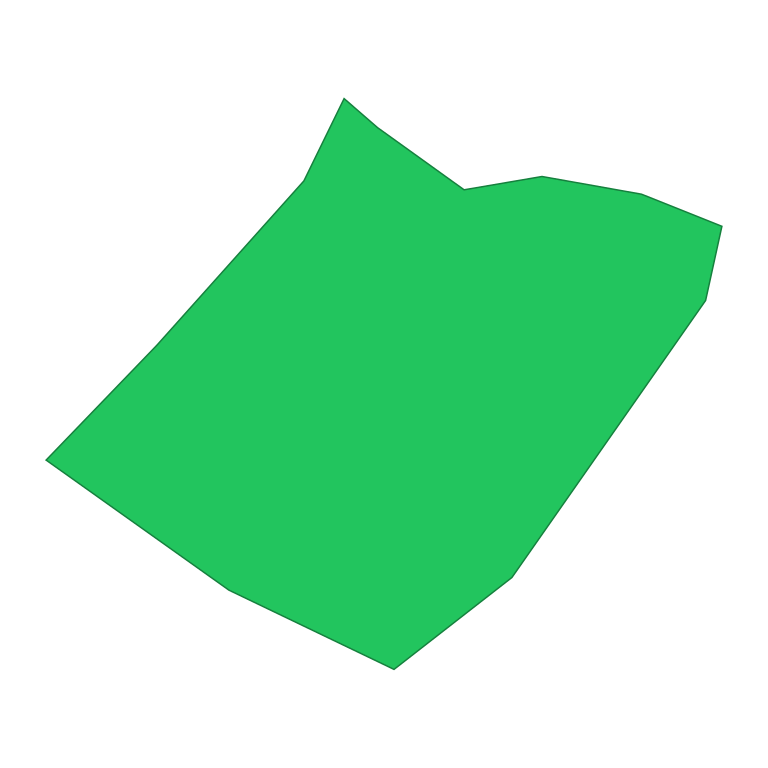 an SVG outline of Saint George
{"feature_id": "VCT-5067", "entity_name": "Saint George", "entity_type": "Parish", "adm_level": 1, "iso_a3": "VCT", "parent_name": "Saint Vincent and the Grenadines", "parent_adm1": "", "projection": "orthographic", "projection_center": [-61.178, 13.175], "detail": "fine", "context": "isolated", "style": "filled", "palette": "green", "viewbox_px": 768, "rotation_deg": 0, "n_neighbors": 0, "source": "natural_earth", "source_scale": "10m", "svg_char_len": 298}
<svg xmlns="http://www.w3.org/2000/svg" viewBox="0 0 768 768"><path d="M721.9,226.3L705.6,300.5L511.9,577.5L394.0,669.4L229.0,590.2L46.1,460.1L156.8,345.3L303.9,180.9L344.1,98.6L377.5,127.6L464.1,189.8L542.0,176.5L641.5,194.2L721.9,226.3Z" fill="#22c55e" stroke="#15803d" stroke-width="1.5"/></svg>